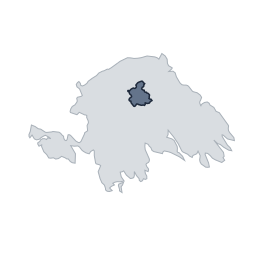 location of Laoighis within Ireland, rotated 249°
{"feature_id": "IRL-723", "entity_name": "Laoighis", "entity_type": "County", "adm_level": 1, "iso_a3": "IRL", "parent_name": "Ireland", "parent_adm1": "", "projection": "orthographic", "projection_center": [-7.345, 52.994], "detail": "fine", "context": "in_parent", "style": "filled", "palette": "slate", "viewbox_px": 256, "rotation_deg": 249, "n_neighbors": 0, "source": "natural_earth", "source_scale": "10m", "svg_char_len": 5959}
<svg xmlns="http://www.w3.org/2000/svg" viewBox="0 0 256 256"><g transform="rotate(249 128 128)"><path d="M158.2,46.1L153.7,49.3L153.0,50.5L151.7,55.3L151.6,56.7L148.8,62.1L147.2,63.2L144.8,64.0L143.4,64.9L141.7,64.4L139.6,64.5L138.5,65.5L138.5,66.2L139.2,67.1L143.1,69.6L142.9,70.6L141.8,71.7L134.6,74.6L132.4,76.3L131.7,77.5L132.4,79.4L138.1,85.3L139.1,85.9L139.9,89.3L145.0,90.7L147.0,92.9L148.8,93.4L152.7,93.2L154.3,94.0L155.2,93.4L155.7,92.3L160.1,88.1L158.7,85.1L163.1,79.8L164.3,79.9L166.4,81.5L168.1,83.7L168.6,86.7L170.3,89.3L171.3,90.3L174.1,90.8L174.8,91.8L174.3,95.7L174.7,97.0L181.9,96.8L184.7,95.1L187.2,95.3L188.5,97.1L189.0,98.8L186.9,99.5L184.7,99.2L183.6,100.4L183.6,102.7L184.4,105.6L185.9,107.6L187.2,112.3L188.2,117.4L189.8,120.5L190.2,124.4L190.0,126.3L190.4,129.7L189.7,130.9L190.3,134.1L193.1,144.5L193.8,152.6L192.5,155.6L190.8,158.5L189.7,161.9L188.9,165.6L188.4,171.6L184.7,178.6L183.1,180.4L181.2,181.5L185.4,186.3L182.0,188.5L178.3,189.2L174.2,188.0L171.6,188.2L168.4,190.8L167.6,190.3L166.1,186.3L164.9,190.4L162.6,191.8L158.5,191.5L151.7,192.6L149.1,193.8L148.0,195.6L147.2,197.7L146.1,199.0L144.9,199.6L139.6,201.2L138.6,201.8L136.1,205.2L132.9,207.2L130.2,207.7L127.9,205.7L126.9,204.5L125.8,203.9L122.2,203.9L123.3,204.5L124.0,206.0L124.4,208.7L123.9,211.3L122.1,212.6L120.0,212.8L116.5,215.5L112.0,216.2L109.6,218.7L94.7,222.6L93.8,222.6L91.8,221.5L89.6,220.9L87.4,221.2L81.1,223.4L78.1,222.8L82.1,217.0L87.4,214.2L87.9,213.4L86.3,212.9L76.4,214.7L73.0,216.3L69.6,216.7L71.2,214.1L75.7,210.5L79.6,208.2L81.3,206.1L86.0,203.8L71.0,208.4L67.1,207.6L66.3,206.1L63.2,206.7L62.2,203.2L66.9,198.2L69.6,196.0L72.7,194.9L75.7,193.3L76.9,191.2L75.6,190.5L66.6,190.7L62.4,190.0L62.7,188.4L63.6,186.5L68.1,183.5L70.5,183.1L72.6,183.5L76.3,185.5L81.3,185.1L79.3,183.0L79.1,178.8L77.5,177.4L79.6,175.5L82.0,174.4L86.0,170.6L87.4,170.0L95.1,169.3L103.3,167.4L111.6,164.7L107.4,163.0L105.5,160.8L102.2,165.0L99.8,166.6L93.2,167.3L91.2,166.8L88.3,165.4L87.4,165.8L86.5,166.9L82.1,168.8L77.5,169.2L82.9,165.5L89.8,159.1L91.4,157.1L93.6,153.6L93.0,151.9L91.7,151.0L96.7,143.7L98.4,142.4L101.5,142.3L103.8,141.2L104.8,141.2L105.7,140.8L107.8,138.6L104.7,137.1L101.6,136.3L91.8,136.8L90.6,136.6L89.4,135.9L88.6,134.9L88.1,132.3L87.4,131.7L85.2,131.7L83.0,132.4L81.5,132.2L80.1,131.1L82.5,128.6L79.5,127.9L76.4,128.3L73.9,127.4L73.8,125.8L75.1,124.2L73.6,122.6L73.4,120.7L75.0,119.8L76.8,120.2L80.4,118.9L85.1,118.3L81.2,116.8L79.6,115.5L79.6,113.7L80.0,112.1L84.6,109.6L89.5,108.6L89.2,106.8L89.6,104.9L84.8,104.2L79.9,105.4L80.5,101.7L81.8,98.5L82.1,96.3L81.9,94.0L79.7,94.9L79.5,91.6L78.6,89.3L75.2,90.8L75.4,87.8L76.5,85.8L78.2,84.9L80.0,85.4L83.2,85.5L86.3,84.0L90.8,83.8L97.9,84.5L102.6,89.0L103.9,88.2L105.9,85.5L106.9,85.2L114.2,86.6L118.7,88.3L120.0,87.8L119.4,84.7L117.8,82.5L119.9,79.8L122.3,77.9L123.9,77.0L127.6,75.9L129.2,74.8L130.3,71.2L132.1,68.2L122.8,69.7L114.1,66.0L115.6,63.5L117.4,62.1L120.6,61.1L121.0,59.8L122.6,58.7L125.3,55.9L124.4,52.1L124.9,49.4L126.9,47.7L127.5,45.1L128.4,43.3L132.3,42.6L136.0,40.9L141.7,40.7L143.2,41.4L142.9,38.4L145.5,38.0L146.6,38.6L147.0,40.8L148.3,42.2L148.6,44.6L147.8,46.5L146.4,47.9L147.7,49.4L145.7,52.1L147.8,50.9L150.8,48.3L150.7,46.2L150.2,43.5L149.3,41.1L149.7,38.4L151.4,36.7L155.8,35.9L154.0,32.9L155.6,32.6L157.4,33.2L159.9,35.6L165.4,38.9L162.7,41.8L159.5,43.9L158.2,46.1ZM79.0,102.9L78.8,104.3L76.7,102.4L75.7,100.5L69.9,99.3L72.4,97.5L73.6,98.1L77.7,98.4L78.9,99.2L79.0,102.9Z" fill="#d9dde1" stroke="#a8b0b8" stroke-width="1"/><path d="M166.9,155.0L166.9,155.6L166.9,156.9L166.9,157.1L166.7,157.9L166.5,158.1L166.2,158.3L164.3,158.9L163.5,159.5L163.2,159.2L163.0,158.9L163.0,158.7L162.8,158.4L162.6,158.1L161.6,157.9L161.4,157.7L161.2,157.3L161.0,157.0L160.9,156.9L160.9,156.6L160.9,156.2L160.9,155.9L159.8,154.9L159.6,154.8L159.4,154.8L159.1,154.9L157.8,155.9L157.8,156.0L157.7,156.4L157.6,156.6L157.3,156.7L157.0,156.6L156.4,156.4L156.0,156.4L155.8,156.5L155.4,156.8L155.3,157.0L155.1,157.2L155.0,157.5L154.8,158.0L154.7,158.1L154.3,158.0L154.1,158.0L153.8,158.3L153.6,158.5L153.4,158.9L153.2,159.1L152.9,159.3L151.4,159.9L151.1,159.9L150.8,159.8L150.6,159.6L150.2,159.3L150.1,159.2L149.7,159.1L149.1,158.8L148.6,158.7L148.4,158.5L148.2,158.4L148.1,158.2L147.9,158.3L147.6,158.4L147.0,159.0L146.8,159.3L146.7,159.6L146.6,159.8L146.4,159.9L145.0,160.2L144.7,158.5L144.5,158.0L144.2,157.7L143.7,157.0L143.6,156.7L143.8,156.0L143.8,155.4L143.9,155.1L144.0,154.8L144.3,154.2L144.6,153.9L145.1,153.5L145.2,153.3L145.3,153.1L145.2,152.9L144.2,152.7L143.8,152.4L143.7,152.3L143.5,152.0L143.2,151.5L143.7,150.9L143.9,150.6L144.0,150.4L144.1,150.2L144.2,149.3L144.4,148.7L144.5,148.3L144.6,148.2L145.2,147.7L145.3,147.5L145.4,147.4L145.5,147.3L145.6,146.9L145.6,146.7L145.9,146.5L146.6,145.9L146.8,145.7L147.0,145.4L147.0,145.2L147.2,144.9L147.3,144.7L147.2,144.4L146.9,144.1L146.1,142.9L146.0,142.6L145.9,142.4L145.9,142.2L145.9,141.9L145.9,141.7L146.0,141.5L146.1,141.4L146.3,141.2L150.2,140.0L150.5,140.0L150.9,140.0L151.8,140.3L152.1,140.3L152.2,140.2L152.3,140.0L152.3,139.7L152.5,139.5L152.6,139.3L152.9,139.2L153.6,139.0L153.8,139.1L154.1,139.1L154.5,139.4L154.7,139.6L154.8,139.7L155.5,140.9L155.5,141.0L155.6,141.6L155.6,141.8L155.7,142.0L155.8,142.3L155.9,142.5L156.1,142.6L156.4,142.7L157.1,142.7L157.7,142.6L158.6,142.1L158.9,141.9L159.4,141.8L160.7,141.8L161.0,141.9L161.5,141.8L162.1,141.1L162.7,141.1L162.8,141.2L163.0,141.4L163.0,141.6L162.9,141.8L162.7,142.0L162.4,142.0L162.2,142.3L162.1,142.6L162.1,142.8L162.3,143.1L162.8,143.9L163.2,145.0L163.3,145.7L163.4,146.5L163.4,147.2L163.4,147.3L163.3,147.5L163.2,147.6L162.7,148.2L162.6,148.4L162.5,148.6L162.5,149.1L162.6,149.4L162.7,149.6L162.8,149.8L163.0,150.2L163.1,150.3L163.3,150.5L163.5,150.6L163.9,150.7L164.2,150.8L164.4,150.9L164.5,150.9L164.8,150.9L165.1,150.7L165.4,150.9L165.7,151.4L166.7,153.2L166.8,153.6L166.9,154.2L166.9,154.4L166.9,155.0Z" fill="#64748b" stroke="#1e293b" stroke-width="1.5"/></g></svg>